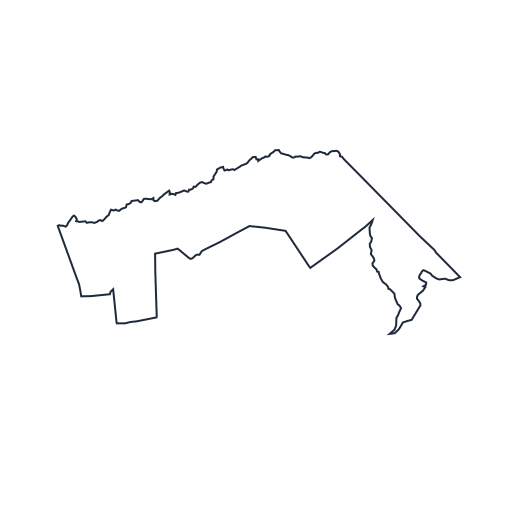 outline of Itaipava do Grajaú, Maranhão, Brazil, rotated 33°
{"feature_id": "56859067B17449288962425", "entity_name": "Itaipava do Grajaú", "entity_type": "district", "adm_level": 2, "iso_a3": "BRA", "parent_name": "Brazil", "parent_adm1": "Maranhão", "projection": "robinson", "projection_center": [-45.67, -5.218], "detail": "fine", "context": "isolated", "style": "outline", "palette": "slate", "viewbox_px": 512, "rotation_deg": 33, "n_neighbors": 0, "source": "geoboundaries", "source_scale": "gbopen_adm2", "svg_char_len": 3817}
<svg xmlns="http://www.w3.org/2000/svg" viewBox="0 0 512 512"><g transform="rotate(33 256 256)"><path d="M108.8,307.9L108.1,310.4L105.8,310.7L104.6,312.2L104.2,313.9L102.3,316.4L100.4,316.9L99.0,317.7L97.6,318.7L96.1,320.3L94.1,319.8L91.2,322.1L89.6,323.4L87.8,324.1L86.2,324.7L85.7,322.8L83.6,321.6L81.4,321.2L80.7,322.8L80.6,326.9L80.4,330.6L80.8,333.3L80.4,335.0L77.3,335.8L75.8,337.0L74.3,337.2L73.3,338.7L117.0,371.7L122.8,375.9L126.8,380.0L129.4,382.8L131.4,385.0L139.5,379.5L152.2,369.3L154.3,367.6L153.5,365.3L154.3,361.7L174.7,387.0L175.9,388.3L183.1,383.6L185.0,381.5L186.7,379.7L189.4,377.5L191.4,375.9L206.0,361.7L205.3,360.2L202.7,356.5L180.0,323.9L176.9,319.2L170.1,309.0L182.9,296.3L186.3,292.5L201.4,294.2L202.9,293.9L204.0,292.4L205.0,288.3L206.0,286.8L207.9,285.8L207.9,281.5L209.0,279.3L215.0,269.2L217.8,264.5L226.9,247.7L234.2,234.5L235.9,233.6L247.8,227.5L267.1,218.8L305.5,235.5L308.0,236.4L320.2,205.4L330.2,176.1L331.7,172.1L334.3,162.3L334.7,163.8L335.5,167.4L335.7,170.3L339.2,175.1L340.9,176.8L343.6,178.0L344.8,181.2L344.8,183.9L346.6,186.3L348.2,187.2L349.8,188.2L350.7,190.4L351.4,191.9L354.0,192.8L356.2,193.8L357.8,195.4L357.7,198.8L359.3,200.6L361.9,201.2L364.3,201.6L366.1,203.1L367.5,202.5L369.0,204.0L371.0,205.4L372.4,206.6L374.5,207.7L376.5,208.7L378.9,208.9L380.7,209.0L382.3,209.6L383.8,210.1L384.9,211.4L386.6,210.9L392.6,212.2L394.4,214.4L395.5,215.5L397.7,217.1L401.3,219.4L403.2,219.4L406.0,220.7L406.4,222.9L406.6,224.8L407.4,228.4L407.4,231.2L408.7,233.5L411.4,238.0L412.3,242.6L411.3,245.7L410.5,248.5L414.4,245.2L415.6,240.2L415.7,237.6L415.4,231.8L418.3,228.1L421.3,224.8L420.8,207.9L419.8,206.4L418.3,205.6L416.8,205.0L414.2,204.1L413.3,202.6L412.9,200.5L414.9,194.1L415.0,189.9L412.9,190.2L414.2,187.6L413.2,185.5L408.7,186.0L405.4,185.9L404.2,184.9L403.7,182.8L403.7,180.5L403.6,178.6L404.0,176.8L405.9,176.3L409.2,176.0L412.0,175.7L414.5,176.6L419.2,176.6L422.4,175.9L427.0,172.0L430.7,171.3L433.2,169.9L434.6,168.7L438.7,162.6L407.4,155.6L405.7,155.3L402.4,153.8L382.6,150.2L330.2,138.6L322.9,137.0L308.5,133.8L276.9,126.9L274.0,125.9L272.2,126.6L270.8,124.8L268.6,123.8L266.9,123.7L265.6,124.4L264.3,125.5L263.0,126.3L261.5,128.4L261.0,131.7L259.3,132.7L257.8,132.2L256.0,133.0L254.0,133.4L252.6,133.9L251.7,135.9L250.1,136.8L249.1,138.6L248.9,141.3L248.6,142.9L247.4,144.9L245.4,145.5L243.5,146.6L241.4,147.7L238.9,148.2L236.7,150.0L235.1,151.0L233.9,153.1L232.2,153.7L230.5,153.5L227.9,153.9L225.9,154.8L223.8,155.3L221.2,156.2L218.8,155.5L217.4,154.7L216.1,155.8L214.5,156.8L214.1,158.8L213.2,161.0L212.2,163.3L212.8,164.8L211.2,166.9L209.6,167.4L209.1,169.1L207.9,170.6L207.2,172.3L206.1,175.0L205.2,173.7L203.7,174.7L201.7,173.1L199.5,174.8L198.9,177.5L198.3,179.4L198.1,182.5L197.4,184.3L196.0,186.0L194.6,187.9L194.0,189.4L192.9,191.8L191.8,194.1L191.1,195.6L189.4,195.8L187.6,197.5L186.4,199.0L184.9,199.0L184.1,200.3L183.0,201.4L181.1,200.4L179.9,199.2L177.8,201.4L177.2,202.8L176.2,204.7L177.1,206.8L177.1,209.7L177.1,212.4L178.5,214.7L177.6,216.7L178.0,218.5L176.3,220.5L174.9,222.5L172.2,223.2L170.4,223.4L168.9,225.4L168.4,227.2L167.9,229.1L167.7,230.9L166.0,231.7L166.3,233.7L165.0,236.1L163.7,236.8L164.2,238.8L163.0,239.6L160.0,240.2L158.5,242.5L157.6,243.8L156.4,245.3L154.6,246.9L155.1,248.6L153.4,248.9L151.5,249.7L150.1,251.5L149.0,249.5L147.6,248.5L146.4,251.5L145.2,254.6L144.8,256.7L143.7,259.8L143.4,261.6L143.2,263.3L141.3,265.1L139.6,265.1L138.4,263.3L137.3,265.4L134.7,266.9L132.1,268.1L130.8,269.4L130.9,271.5L130.6,273.4L129.2,274.0L126.5,273.5L124.8,275.0L123.4,276.2L121.7,277.6L122.0,279.6L121.0,281.8L119.5,283.2L120.4,286.0L119.2,287.8L118.0,288.9L117.2,290.8L116.6,292.7L114.8,293.4L113.1,293.5L111.8,295.4L109.2,296.1L109.5,299.1L110.2,301.8L109.2,304.6L108.8,307.9Z" fill="none" stroke="#1e293b" stroke-width="2"/></g></svg>